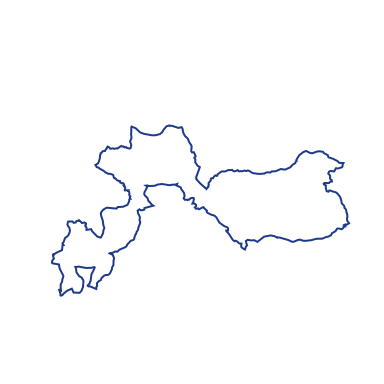 Malnas, Covasna, Romania (Mercator projection), rotated 345°
{"feature_id": "2599482B6091931958570", "entity_name": "Malnas", "entity_type": "district", "adm_level": 2, "iso_a3": "ROU", "parent_name": "Romania", "parent_adm1": "Covasna", "projection": "mercator", "projection_center": [25.812, 46.025], "detail": "fine", "context": "isolated", "style": "outline", "palette": "blue", "viewbox_px": 384, "rotation_deg": 345, "n_neighbors": 0, "source": "geoboundaries", "source_scale": "gbopen_adm2", "svg_char_len": 6041}
<svg xmlns="http://www.w3.org/2000/svg" viewBox="0 0 384 384"><g transform="rotate(345 192 192)"><path d="M74.4,260.9L75.3,258.6L76.1,258.1L76.5,255.6L78.6,254.1L81.3,253.4L82.1,251.9L85.4,250.1L87.1,249.8L89.4,250.4L91.5,249.6L94.5,246.1L95.4,244.0L97.2,242.2L98.6,237.6L99.6,236.1L99.2,232.2L96.4,229.9L96.6,229.8L99.7,230.2L102.5,229.6L104.6,230.3L106.7,229.0L113.6,228.0L115.1,227.1L115.7,226.1L120.2,223.3L123.0,223.1L124.2,222.2L124.6,221.0L126.5,218.3L127.2,217.9L128.1,216.3L129.9,214.7L131.6,211.6L133.7,208.9L134.3,207.2L134.0,205.7L135.1,203.2L135.0,201.2L134.4,198.6L134.7,195.9L136.7,195.1L137.9,196.5L140.4,196.8L141.3,196.7L141.9,195.2L151.1,195.2L150.0,193.9L147.6,189.2L147.4,186.2L145.5,183.0L145.3,181.7L146.0,180.0L150.0,175.7L149.7,174.6L149.1,173.9L150.6,174.1L151.8,175.0L156.3,176.1L158.1,176.3L160.7,175.9L165.1,176.5L171.9,179.6L176.0,180.0L176.9,180.5L179.7,180.4L178.7,181.7L182.3,184.6L182.4,186.5L184.0,190.7L183.8,194.0L182.3,196.0L183.1,197.7L184.0,197.7L185.7,198.7L186.4,198.3L187.5,198.6L188.8,197.7L190.9,197.7L192.0,198.3L192.1,199.1L190.7,202.0L189.4,203.3L191.4,203.9L192.6,205.3L192.4,206.6L190.7,207.7L191.8,209.4L193.6,209.4L194.3,210.5L198.8,209.5L199.5,210.1L199.5,210.8L201.6,213.9L201.0,215.0L201.8,216.4L205.0,219.1L207.6,220.6L209.0,222.9L210.5,228.6L214.3,233.3L217.1,235.4L217.4,236.6L216.9,238.5L216.3,238.7L215.1,238.1L215.0,238.7L216.8,242.0L219.0,248.8L220.4,250.6L221.5,250.4L222.5,251.1L224.3,253.9L226.4,254.7L225.8,255.9L225.4,257.8L226.4,259.5L228.3,261.3L229.9,258.8L231.4,257.7L231.2,255.3L231.4,253.3L233.4,252.6L236.7,254.1L239.7,254.7L242.3,257.1L250.1,253.8L256.8,254.3L260.2,256.0L262.2,257.9L262.3,257.6L265.6,259.1L272.4,263.2L275.7,265.9L277.5,266.4L282.0,265.7L284.0,266.0L286.9,267.9L289.2,268.6L294.6,269.4L300.1,269.4L305.8,270.8L309.8,270.2L311.8,270.4L315.2,269.7L316.4,268.1L320.5,267.0L322.6,265.0L324.4,265.3L327.1,266.7L329.1,265.7L329.6,264.4L331.3,265.0L331.4,264.7L330.6,263.2L332.0,263.0L332.8,263.6L335.6,262.9L334.6,260.2L334.6,259.2L334.9,257.4L335.5,256.8L336.1,253.9L336.2,252.9L335.9,252.5L336.2,249.2L335.9,247.8L335.2,247.0L335.4,245.2L335.1,244.1L333.7,241.8L334.0,239.1L333.8,235.2L332.2,231.3L330.8,229.5L327.4,227.5L326.1,226.4L324.9,226.1L323.9,227.0L322.3,226.1L322.3,222.2L323.1,220.3L321.5,219.0L321.5,217.9L322.3,217.6L326.6,218.8L328.3,217.8L329.9,218.1L330.0,216.5L329.0,215.4L328.9,214.3L329.6,212.5L329.5,211.7L328.4,209.4L329.6,207.9L331.0,207.5L334.7,208.9L337.2,206.3L339.1,207.1L343.3,206.9L344.0,206.3L344.5,204.6L345.8,203.2L341.8,202.0L340.6,199.9L336.8,196.4L332.8,193.8L332.7,191.6L329.2,188.3L329.0,187.3L328.6,186.9L325.4,185.6L323.5,185.3L318.0,185.7L315.9,184.6L312.9,181.9L310.0,182.2L305.2,184.2L302.5,186.6L301.2,188.0L301.1,189.1L300.2,189.3L299.3,190.8L296.5,191.6L293.3,193.6L287.7,194.5L283.7,192.8L278.0,193.6L274.4,192.7L272.7,193.5L270.2,192.5L268.2,192.5L266.6,192.9L261.4,191.9L256.1,189.7L255.0,189.0L252.8,186.4L251.3,185.6L250.0,185.9L248.4,184.9L245.8,185.0L244.5,184.4L242.9,184.3L241.7,182.7L241.0,183.0L238.2,183.0L237.5,182.6L236.4,181.0L234.0,180.7L233.1,180.2L229.2,180.7L225.9,179.8L221.2,181.6L220.7,182.7L220.1,182.9L218.8,182.0L217.0,183.0L215.9,184.2L214.6,183.7L214.0,183.9L213.4,184.5L213.1,185.7L210.3,187.7L210.0,188.7L210.1,189.3L209.6,190.4L209.1,190.6L209.0,191.4L207.7,191.9L206.8,192.9L202.1,185.8L199.5,180.7L199.9,179.9L199.7,179.1L200.1,178.5L206.0,170.0L204.1,168.0L202.8,164.0L203.7,161.3L203.1,159.5L204.6,158.7L204.8,158.0L204.1,154.1L202.3,153.8L201.8,152.4L203.4,148.1L203.4,146.8L202.3,143.5L201.7,139.2L199.7,136.1L198.9,132.4L199.2,128.4L198.7,126.7L195.5,126.6L189.5,122.7L187.4,122.3L187.3,121.9L184.6,121.9L180.9,124.3L178.6,126.6L175.9,127.8L171.2,127.7L168.1,126.9L160.3,123.2L157.3,121.0L154.1,115.8L150.6,113.2L150.0,114.1L148.7,119.0L148.1,120.2L147.9,122.5L147.3,124.6L145.3,127.0L145.5,131.1L143.9,133.9L142.7,133.8L140.3,132.4L140.1,131.8L138.7,131.5L138.6,131.0L137.8,130.9L137.4,130.2L136.2,130.0L135.8,129.4L135.0,129.3L131.3,130.7L130.7,130.3L128.1,130.2L126.9,129.4L124.7,129.2L123.9,128.7L123.8,127.6L122.3,126.3L121.3,127.1L121.0,127.9L119.6,128.7L118.6,129.9L116.1,129.5L114.8,130.7L113.8,130.9L113.8,131.5L112.9,132.3L111.6,135.8L109.3,139.4L108.3,140.2L105.7,140.9L106.4,143.3L108.2,144.3L108.4,145.1L112.0,148.5L113.5,150.7L115.9,152.8L117.3,153.1L120.0,154.8L120.3,155.3L120.2,157.4L120.5,158.6L121.3,158.7L122.8,161.5L125.3,162.8L125.4,163.1L124.9,163.6L125.1,164.2L126.5,165.5L127.5,165.4L128.2,166.5L128.3,167.7L127.1,167.2L128.1,168.4L127.8,168.7L127.9,169.1L128.7,170.1L128.2,171.8L127.6,172.5L127.6,173.0L131.1,173.9L130.5,174.7L131.3,175.4L131.3,176.7L130.6,178.5L131.3,180.3L130.6,180.8L130.8,182.6L130.2,182.4L129.4,183.1L129.0,184.5L126.8,187.3L125.9,187.8L121.6,188.4L116.2,187.3L114.8,188.5L105.7,185.1L102.9,185.7L100.6,186.8L98.8,188.4L98.3,189.5L98.1,191.8L98.4,196.6L97.8,201.0L98.0,203.9L97.6,204.8L96.7,205.7L95.4,208.8L92.3,212.3L91.6,212.3L88.9,210.4L85.4,204.1L85.0,201.8L80.3,201.3L80.9,198.9L80.1,197.5L80.6,196.1L81.1,196.1L81.5,195.0L80.3,193.6L77.7,193.5L76.5,191.3L75.7,190.9L75.7,190.1L75.3,189.9L74.4,190.3L72.8,190.2L71.9,191.3L70.6,191.3L69.6,191.1L69.4,190.1L68.6,189.4L64.7,188.5L63.2,191.1L63.4,192.6L64.3,194.8L64.1,197.6L63.6,198.9L61.5,201.6L60.3,202.5L57.4,203.6L55.1,207.0L53.6,208.2L54.2,210.0L53.2,209.9L51.4,214.5L45.0,215.6L43.9,216.1L42.7,216.1L42.5,216.7L41.6,216.4L41.4,216.6L41.2,217.9L41.4,220.6L39.6,221.8L38.7,223.1L38.4,224.2L39.3,225.1L44.8,227.6L44.4,230.2L44.6,233.1L46.0,239.3L45.9,240.3L44.2,242.8L43.3,245.0L41.2,247.4L40.4,250.3L39.9,253.2L38.9,252.1L38.4,252.1L38.6,256.0L38.2,257.7L38.4,258.1L39.9,258.2L41.9,256.8L46.0,255.0L50.9,254.3L51.6,258.5L57.4,260.3L59.6,258.9L62.2,255.4L64.1,249.9L64.0,248.3L63.4,247.2L63.3,246.1L61.2,244.1L59.6,239.7L60.1,236.4L59.9,234.2L63.4,234.8L69.9,237.9L74.8,239.1L78.3,239.3L78.5,239.8L75.5,243.5L73.7,245.2L71.0,251.8L70.1,252.5L69.4,254.0L67.1,255.2L67.0,255.7L67.6,256.4L69.3,256.9L74.4,260.9Z" fill="none" stroke="#1e3a8a" stroke-width="2"/></g></svg>